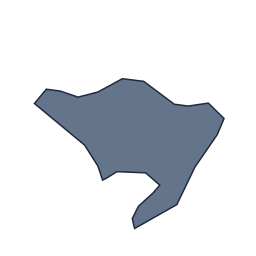 an SVG outline of Brčko Distrikt, rotated 221°
{"feature_id": "BIH-4803", "entity_name": "Brčko Distrikt", "entity_type": "state/province", "adm_level": 1, "iso_a3": "BIH", "parent_name": "Bosnia and Herzegovina", "parent_adm1": "", "projection": "natural_earth1", "projection_center": [18.842, 44.819], "detail": "fine", "context": "isolated", "style": "filled", "palette": "slate", "viewbox_px": 256, "rotation_deg": 221, "n_neighbors": 0, "source": "natural_earth", "source_scale": "10m", "svg_char_len": 460}
<svg xmlns="http://www.w3.org/2000/svg" viewBox="0 0 256 256"><g transform="rotate(221 128 128)"><path d="M113.0,72.0L125.7,79.5L149.4,86.6L214.7,85.1L215.1,103.7L203.4,111.4L186.0,118.5L174.4,135.3L164.6,161.5L146.8,173.5L108.7,176.3L97.0,184.0L83.7,199.5L61.7,198.1L56.3,181.5L51.9,142.6L40.9,102.3L57.1,56.5L65.3,62.4L68.8,75.8L66.5,95.2L66.5,105.7L85.3,105.7L107.7,87.8L111.6,75.3L113.0,72.0Z" fill="#64748b" stroke="#1e293b" stroke-width="1.5"/></g></svg>